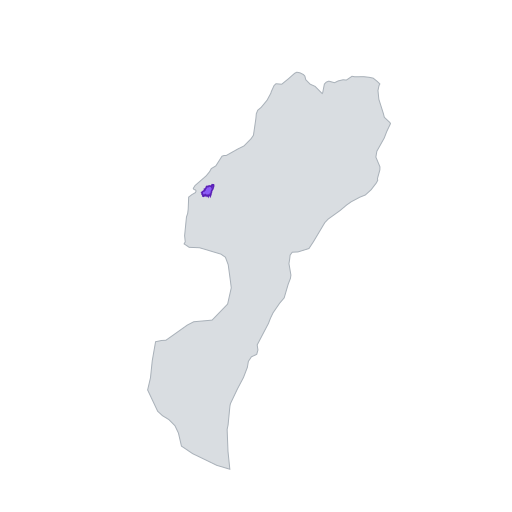 Jeru pag., Rujienas, Latvia (highlighted), rotated 292°
{"feature_id": "27541924B27109633258340", "entity_name": "Jeru pag.", "entity_type": "district", "adm_level": 2, "iso_a3": "LVA", "parent_name": "Latvia", "parent_adm1": "Rujienas", "projection": "equal_earth", "projection_center": [25.326, 57.845], "detail": "fine", "context": "in_parent", "style": "filled", "palette": "violet", "viewbox_px": 512, "rotation_deg": 292, "n_neighbors": 0, "source": "geoboundaries", "source_scale": "gbopen_adm2", "svg_char_len": 4216}
<svg xmlns="http://www.w3.org/2000/svg" viewBox="0 0 512 512"><g transform="rotate(292 256 256)"><path d="M371.8,340.5L368.8,340.2L360.5,337.9L353.5,334.5L349.3,330.1L342.0,324.0L337.2,320.9L329.8,317.0L317.3,309.1L312.8,307.3L290.8,303.9L282.8,302.3L275.5,293.4L273.1,288.2L269.6,287.3L265.6,288.4L261.3,289.4L251.4,295.5L248.2,296.3L242.0,296.4L227.7,297.8L221.1,295.6L209.8,293.1L203.7,292.7L198.2,292.8L174.0,290.4L169.6,293.0L165.1,293.5L160.8,289.5L155.5,288.4L149.5,289.7L138.7,289.9L125.9,288.6L109.6,287.6L107.2,288.0L88.9,293.4L84.4,294.2L64.4,303.2L48.5,311.6L47.2,298.1L49.0,271.3L51.8,258.1L62.8,250.4L68.3,244.4L71.7,236.4L72.9,229.1L75.2,223.0L91.2,205.7L103.5,203.8L120.2,199.0L138.9,195.0L142.3,200.1L144.1,204.0L166.1,218.1L171.7,222.9L180.1,239.3L200.8,247.7L217.2,245.0L224.4,241.0L237.5,233.5L243.4,228.1L244.6,222.8L242.5,200.5L239.0,190.8L240.3,184.8L242.6,185.1L248.1,182.2L266.2,176.9L269.9,176.7L274.0,175.6L285.4,171.5L289.1,173.7L292.1,176.1L293.8,176.1L294.6,175.2L294.4,173.6L295.2,172.5L298.5,173.1L311.7,179.8L316.8,181.4L320.3,181.8L324.5,185.0L335.8,187.1L337.2,188.7L338.0,190.7L348.7,199.3L353.5,203.6L362.9,207.5L367.0,208.4L383.4,204.4L388.0,203.0L391.8,203.0L395.7,205.1L404.6,207.9L412.6,208.8L414.0,208.6L420.8,208.9L423.2,210.0L424.9,215.5L432.7,219.8L439.9,223.4L441.7,225.0L442.3,228.2L442.0,232.0L441.1,233.9L438.1,236.1L435.6,241.8L435.4,247.2L431.4,256.5L432.3,256.7L441.0,255.0L443.5,256.0L445.4,258.0L446.1,263.9L449.1,266.6L452.0,270.7L453.0,273.9L458.6,277.7L459.1,280.2L462.7,289.0L464.1,294.1L464.8,298.0L463.3,303.0L461.9,306.4L460.1,306.2L455.1,307.1L447.3,311.2L435.7,320.8L432.7,323.0L429.8,330.3L429.1,331.1L422.2,330.7L420.3,330.6L413.4,330.7L398.4,328.8L392.6,330.1L385.1,337.5L382.2,338.6L373.3,339.6L371.8,340.5Z" fill="#d9dde1" stroke="#a8b0b8" stroke-width="1"/><path d="M294.3,191.2L294.6,191.2L294.8,191.2L295.0,191.2L295.3,191.2L295.5,191.1L295.9,191.0L296.0,191.1L296.3,191.0L296.6,191.1L296.8,190.9L297.0,190.9L297.3,190.8L297.6,190.8L297.8,190.8L298.0,190.9L298.3,190.8L298.5,190.8L298.5,190.7L298.8,190.6L299.0,190.5L299.3,190.5L299.5,190.5L299.9,190.4L300.0,190.5L300.4,190.5L300.5,190.6L300.8,190.7L301.0,190.6L301.3,190.7L301.5,190.7L301.7,190.8L301.8,190.8L301.9,190.7L302.0,190.6L302.3,190.9L302.5,190.8L302.8,190.8L303.0,190.7L303.5,190.6L303.9,190.7L304.2,190.7L304.4,190.7L304.5,190.7L304.7,190.4L304.8,190.4L305.0,190.4L305.3,190.3L305.5,190.3L305.8,190.3L305.9,190.2L305.7,190.1L305.7,189.9L305.8,189.8L305.7,189.7L305.8,189.5L306.0,189.5L305.7,188.6L304.5,188.8L303.6,188.9L304.3,188.2L303.6,187.9L303.6,187.5L303.7,187.2L303.6,186.9L303.5,186.7L303.3,186.4L302.8,186.0L303.1,185.9L302.9,185.7L302.6,185.2L302.4,185.0L302.3,184.9L301.9,184.7L301.9,184.4L301.9,184.1L301.7,184.1L301.3,184.2L301.1,184.1L300.5,184.1L300.3,184.2L300.1,184.2L299.9,184.2L299.7,184.1L299.5,183.9L299.3,183.8L299.2,183.7L299.2,183.8L299.0,183.7L298.9,183.6L298.7,183.7L298.7,183.8L298.5,184.0L298.4,184.0L298.1,184.0L297.9,184.0L297.6,183.9L297.4,183.8L297.5,183.8L297.5,183.7L297.4,183.7L297.5,183.4L297.3,183.4L297.0,183.3L296.9,183.3L296.7,183.2L296.4,183.0L296.4,182.9L296.2,182.8L296.0,182.7L295.9,182.6L295.7,182.4L295.5,182.2L295.4,182.2L295.2,182.2L294.9,182.1L294.7,182.0L294.7,182.3L294.3,182.4L294.4,182.5L294.1,182.6L293.9,182.7L293.7,182.7L293.6,182.8L293.4,182.9L293.4,182.7L293.2,182.8L293.4,183.0L293.2,183.2L293.2,183.3L293.2,183.5L292.9,183.7L292.8,183.9L292.7,183.9L292.7,184.0L292.4,184.0L292.2,184.1L291.9,184.1L291.7,184.2L291.7,184.3L291.6,184.5L291.8,184.8L291.7,184.9L291.7,185.0L291.8,185.0L292.0,185.2L292.3,185.2L292.7,185.2L292.7,185.3L292.8,185.2L292.9,185.3L293.1,185.3L293.2,185.5L293.3,185.6L293.5,185.7L293.6,185.8L293.9,185.9L293.8,186.1L293.7,186.1L293.8,186.1L293.7,186.1L293.5,186.3L293.4,186.3L293.4,186.5L293.5,186.6L293.6,186.8L293.5,187.0L293.4,187.1L293.5,187.1L293.8,187.3L293.7,187.5L293.7,187.8L293.8,188.0L293.7,188.1L293.8,188.2L293.9,188.3L293.7,188.4L293.7,188.5L293.8,188.5L293.7,188.7L293.5,188.8L293.6,189.1L293.5,189.3L293.4,189.4L294.7,189.3L294.9,190.6L295.6,190.5L295.3,190.9L295.2,190.9L295.0,191.0L294.8,191.1L294.4,191.1L294.3,191.2Z" fill="#8b5cf6" stroke="#5b21b6" stroke-width="1.5"/></g></svg>